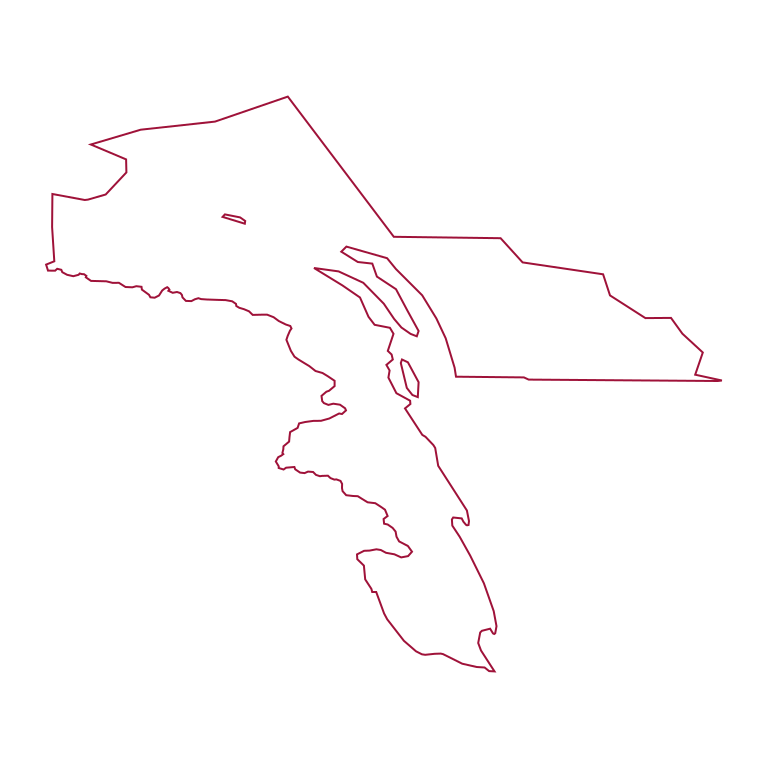 outline of Haines, Alaska, United States of America
{"feature_id": "52423323B20306178640915", "entity_name": "Haines", "entity_type": "district", "adm_level": 2, "iso_a3": "USA", "parent_name": "United States of America", "parent_adm1": "Alaska", "projection": "equal_earth", "projection_center": [-135.589, 58.96], "detail": "fine", "context": "isolated", "style": "outline", "palette": "rose", "viewbox_px": 768, "rotation_deg": 0, "n_neighbors": 0, "source": "geoboundaries", "source_scale": "gbopen_adm2", "svg_char_len": 3441}
<svg xmlns="http://www.w3.org/2000/svg" viewBox="0 0 768 768"><path d="M287.8,96.6L215.0,121.6L140.7,129.7L90.8,144.5L126.1,159.4L126.4,172.4L105.7,194.5L88.0,199.6L84.8,200.0L52.4,194.0L52.1,227.1L54.3,261.3L46.1,264.6L48.0,270.6L55.1,270.7L57.2,268.8L61.3,269.8L62.3,272.2L67.1,274.8L73.3,276.2L78.6,274.8L79.7,273.5L81.9,274.1L84.0,274.2L86.4,275.9L85.8,277.3L91.0,280.9L98.7,281.1L106.3,281.3L112.7,282.9L118.9,282.8L125.5,287.0L132.4,287.3L136.3,286.2L141.5,286.8L141.9,289.6L149.0,294.8L150.4,297.3L154.7,297.7L159.0,295.5L162.2,290.5L164.6,288.6L167.2,287.2L168.3,288.0L169.4,289.6L168.4,290.8L172.7,292.8L177.0,292.0L180.4,293.1L181.9,294.9L182.5,297.4L185.9,300.9L191.4,301.1L194.8,299.3L198.4,298.2L201.1,299.1L206.9,299.5L218.2,299.9L225.6,300.1L232.2,301.3L236.0,303.9L236.3,306.0L239.3,307.8L244.0,309.2L249.0,311.3L252.7,314.9L261.1,314.7L267.2,314.7L273.6,317.2L278.9,321.1L285.8,324.5L290.3,326.0L291.5,328.5L290.0,330.6L287.7,335.9L286.4,339.8L290.9,350.9L294.5,356.7L298.3,359.4L304.0,362.9L309.3,366.1L315.5,371.0L322.5,373.0L327.6,376.1L334.6,380.8L334.6,386.1L329.0,390.8L326.4,391.7L321.5,395.9L322.2,401.1L323.9,403.1L328.4,404.9L333.3,403.7L340.0,404.7L345.1,408.3L346.0,410.4L342.0,414.0L339.1,413.5L329.3,418.5L321.0,420.8L313.3,420.9L305.2,422.0L299.1,423.4L297.6,427.9L290.1,432.1L289.5,437.0L289.1,441.6L283.5,446.3L283.3,449.3L282.4,453.0L283.3,454.1L281.3,455.6L278.2,457.2L275.8,461.5L278.7,466.3L278.7,468.0L283.6,469.5L286.1,467.7L294.4,467.0L295.2,469.3L300.1,472.6L304.6,473.1L308.0,471.6L313.1,472.0L316.0,474.9L319.9,476.2L322.1,475.9L327.9,475.7L330.5,478.1L334.3,479.6L336.4,479.4L340.5,480.9L342.1,483.9L342.0,488.1L342.6,491.2L346.2,495.2L353.1,496.0L357.8,496.2L361.9,498.8L367.6,502.3L375.3,503.2L380.7,506.7L385.0,509.7L387.6,516.0L383.6,519.0L384.1,523.7L387.7,524.5L392.6,527.9L395.6,531.6L396.5,536.7L399.1,541.4L407.9,546.0L412.0,551.7L408.1,556.1L401.2,557.4L394.4,554.3L386.0,552.8L380.8,550.0L376.4,549.3L369.5,550.6L364.1,550.8L357.0,554.4L357.3,559.2L363.9,565.6L365.2,579.4L371.4,588.9L372.2,592.0L376.2,592.0L384.1,613.5L387.2,619.3L403.9,640.8L416.0,651.3L421.9,654.3L425.2,654.8L434.7,653.8L440.7,653.6L443.0,654.1L462.2,663.7L476.7,667.0L484.6,667.5L489.1,671.1L494.5,671.4L481.0,650.5L478.2,643.0L480.2,632.5L481.9,630.8L490.1,628.7L493.0,633.4L494.2,634.0L495.2,633.3L496.5,626.2L493.7,611.1L483.9,583.3L470.2,555.6L459.7,536.8L452.3,525.6L451.9,519.5L453.2,517.5L461.7,518.4L463.4,521.7L466.0,524.8L467.0,525.3L468.5,525.0L469.0,521.1L466.9,510.5L438.2,465.8L435.2,448.0L433.4,445.1L425.5,436.8L422.3,434.9L405.0,408.4L410.4,404.0L410.1,400.7L396.4,393.2L388.4,377.6L389.6,370.5L386.4,364.9L392.8,359.5L391.6,354.5L387.8,350.9L393.5,333.8L389.9,327.8L374.6,324.8L368.5,316.8L360.0,297.5L342.4,285.4L314.0,268.0L338.6,271.4L363.3,282.8L383.8,303.7L394.1,318.9L401.4,327.5L410.6,333.9L416.8,336.3L418.6,331.0L407.4,310.6L396.0,289.2L376.9,276.6L372.3,263.6L357.8,262.0L341.3,251.7L346.4,246.6L387.1,258.2L395.9,269.0L422.2,295.3L436.4,318.5L445.7,338.3L454.6,367.7L456.0,376.7L523.9,377.4L528.7,379.6L717.8,381.0L721.9,380.5L695.2,374.7L702.8,352.5L682.4,333.7L671.0,317.9L645.4,318.1L610.0,295.4L603.1,274.3L522.6,262.4L500.6,238.2L393.8,236.8L287.8,96.6ZM222.6,216.9L224.9,214.4L240.1,217.4L245.2,221.0L244.8,223.7L222.6,216.9ZM402.0,359.5L400.8,363.0L406.8,387.9L412.4,395.0L417.8,397.1L418.6,382.2L407.9,362.3L402.0,359.5Z" fill="none" stroke="#9f1239" stroke-width="2"/></svg>